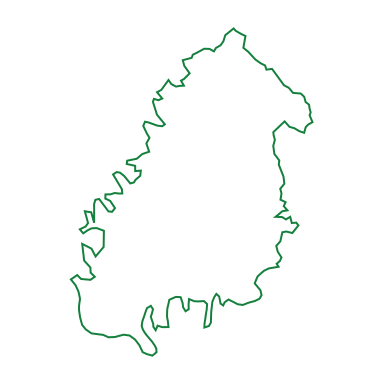 Crissiumal, Rio Grande do Sul, Brazil (Albers equal-area conic projection), rotated 272°
{"feature_id": "56859067B27923524578183", "entity_name": "Crissiumal", "entity_type": "district", "adm_level": 2, "iso_a3": "BRA", "parent_name": "Brazil", "parent_adm1": "Rio Grande do Sul", "projection": "albers", "projection_center": [-54.153, -27.485], "detail": "fine", "context": "isolated", "style": "outline", "palette": "green", "viewbox_px": 384, "rotation_deg": 272, "n_neighbors": 0, "source": "geoboundaries", "source_scale": "gbopen_adm2", "svg_char_len": 3089}
<svg xmlns="http://www.w3.org/2000/svg" viewBox="0 0 384 384"><g transform="rotate(272 192 192)"><path d="M290.5,153.6L284.4,159.0L282.6,155.2L283.7,150.7L280.8,149.8L268.0,154.3L258.7,162.5L256.7,159.9L257.1,155.1L260.0,146.1L260.6,142.6L256.3,141.0L249.0,144.8L244.7,147.6L238.9,144.7L230.8,147.8L228.2,141.0L223.3,135.6L221.0,126.1L217.7,125.8L216.2,134.3L210.9,134.5L211.6,140.1L206.4,139.7L202.4,135.3L199.5,133.6L198.4,130.0L205.6,123.7L208.8,119.4L209.3,116.1L206.8,112.5L192.4,121.8L188.1,122.4L187.9,119.0L188.3,114.8L186.8,110.5L186.6,105.6L182.4,105.6L180.3,110.5L173.2,115.6L169.4,112.8L169.7,109.2L181.8,99.4L180.8,95.7L176.6,94.6L157.8,95.3L168.2,92.0L169.0,85.6L157.3,89.2L153.8,86.9L150.8,81.2L146.9,84.7L150.2,89.2L152.2,92.9L152.6,98.0L150.2,105.3L134.0,105.6L124.2,97.9L131.9,93.5L136.3,84.1L119.7,86.6L113.0,93.1L107.8,93.5L103.9,97.8L100.7,93.6L101.2,84.2L105.0,80.2L100.4,74.0L94.9,78.8L88.6,82.0L84.8,83.0L81.3,83.8L74.7,83.1L70.1,83.2L63.0,84.5L55.4,86.8L51.0,90.6L47.2,96.5L46.1,108.2L43.9,113.7L44.4,120.2L45.6,123.9L47.0,128.6L46.4,134.6L42.6,140.2L37.0,144.8L30.2,148.3L28.4,152.6L27.1,158.1L30.6,162.1L34.2,161.8L37.0,160.3L41.1,157.3L44.6,154.1L47.6,151.4L50.3,149.3L53.1,147.6L56.2,146.4L61.0,146.9L66.8,148.7L71.3,150.0L74.4,151.1L76.8,154.8L73.5,157.1L69.3,156.2L65.9,155.2L62.3,156.5L59.0,157.8L55.9,158.1L52.6,160.5L57.2,162.3L55.9,167.0L56.2,173.2L62.0,172.4L66.3,171.4L70.9,171.3L74.6,171.4L79.0,172.3L83.5,173.1L86.6,179.5L86.5,184.3L80.7,186.5L76.6,187.1L72.6,189.7L74.7,192.8L79.4,192.5L84.9,192.8L82.9,198.1L82.9,202.4L83.4,207.7L80.6,211.0L75.1,210.8L70.0,210.1L65.4,209.7L61.1,209.1L57.0,209.1L58.7,213.6L62.1,215.4L68.0,215.4L72.9,215.4L76.7,215.7L83.1,216.2L87.7,217.9L91.0,219.9L88.5,222.8L85.1,223.6L81.5,224.4L79.7,227.1L82.9,228.5L85.8,232.2L83.7,236.9L81.4,241.6L80.9,246.8L83.3,252.3L85.2,258.5L87.7,263.2L91.3,265.1L96.0,263.9L99.6,260.8L102.8,257.9L106.9,259.3L110.0,260.6L113.2,263.9L115.8,266.7L118.3,271.4L120.3,281.1L123.2,279.1L126.1,282.2L129.7,283.7L135.3,279.8L141.1,278.1L145.8,282.0L154.9,283.7L155.8,287.6L154.5,293.7L162.3,299.5L165.0,297.3L164.5,292.8L167.6,291.9L170.6,291.0L167.9,286.8L170.1,282.9L170.1,276.4L172.4,279.1L175.9,282.9L177.0,288.0L181.1,284.2L185.1,285.9L187.4,280.7L193.6,281.5L198.3,280.1L203.5,284.0L210.6,282.9L222.3,277.8L226.6,278.1L232.9,273.0L240.9,271.6L247.1,273.0L251.6,271.6L254.7,271.2L265.8,282.1L260.5,287.2L259.3,292.1L256.5,297.2L255.1,302.0L260.8,303.4L263.4,305.7L266.0,310.0L269.4,308.4L272.7,306.9L275.8,307.8L279.6,306.6L283.4,305.9L285.9,302.4L291.1,300.8L294.2,297.2L294.4,292.9L294.6,289.5L299.5,285.1L301.9,280.2L317.8,267.7L316.9,262.1L321.0,260.6L323.0,256.2L326.7,250.6L330.9,246.5L334.3,243.1L337.9,238.3L349.8,240.0L351.6,235.7L354.6,230.1L356.9,227.9L349.9,219.8L343.7,218.1L339.6,215.4L336.8,210.9L333.3,209.0L335.6,204.5L335.6,199.2L331.5,192.3L329.2,188.0L326.1,187.0L323.4,178.2L317.8,179.9L310.5,185.5L304.7,180.1L302.9,177.1L298.0,180.2L297.6,175.8L296.8,172.4L299.1,167.6L303.1,164.6L293.0,157.8L290.5,153.6Z" fill="none" stroke="#15803d" stroke-width="2"/></g></svg>